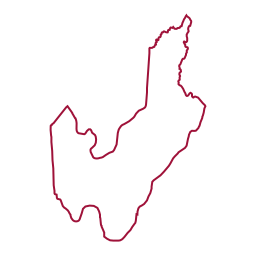 Momostenango, Totonicapán, Guatemala (Equal Earth projection)
{"feature_id": "79465075B37040053715230", "entity_name": "Momostenango", "entity_type": "district", "adm_level": 2, "iso_a3": "GTM", "parent_name": "Guatemala", "parent_adm1": "Totonicapán", "projection": "equal_earth", "projection_center": [-91.39, 15.11], "detail": "fine", "context": "isolated", "style": "outline", "palette": "rose", "viewbox_px": 256, "rotation_deg": 0, "n_neighbors": 0, "source": "geoboundaries", "source_scale": "gbopen_adm2", "svg_char_len": 4545}
<svg xmlns="http://www.w3.org/2000/svg" viewBox="0 0 256 256"><path d="M158.4,38.6L158.4,39.0L158.5,39.5L158.4,40.0L158.0,40.2L157.7,40.1L156.7,39.5L156.4,39.6L156.2,39.8L156.1,40.7L156.3,41.1L156.7,41.6L156.7,42.1L155.9,42.6L155.6,43.1L155.6,43.7L155.9,44.0L156.0,44.6L155.6,44.8L154.9,45.2L154.3,46.8L153.8,47.0L153.1,47.1L152.5,47.7L151.7,47.9L150.5,47.9L149.7,47.9L149.4,48.4L149.4,53.3L147.0,88.0L147.0,92.3L146.3,101.3L146.1,103.7L146.0,104.8L145.8,105.7L145.5,106.5L145.2,107.1L144.8,107.6L143.2,108.7L138.8,110.7L136.1,113.6L134.3,116.7L133.3,117.8L129.2,121.2L125.6,123.3L123.6,124.4L122.4,124.9L121.1,126.0L120.0,127.5L118.8,129.4L118.3,131.1L117.8,133.0L116.6,144.4L116.1,145.6L115.3,147.3L114.1,150.0L112.8,151.6L109.4,152.8L105.8,155.0L102.8,157.1L101.4,157.6L99.7,157.9L98.5,158.3L96.8,158.5L95.0,158.3L94.0,157.9L93.2,157.2L90.7,152.0L90.5,150.6L90.5,149.8L90.7,149.2L91.0,148.7L92.3,147.6L93.1,146.8L94.7,145.3L95.8,142.7L96.1,139.4L95.7,136.5L95.0,135.0L92.1,132.7L91.4,130.9L91.1,130.2L90.2,129.3L88.8,129.3L87.0,130.9L85.4,133.4L84.6,134.1L83.7,134.1L79.6,133.4L78.8,133.3L77.9,132.8L77.2,131.9L76.7,130.7L76.5,128.9L76.6,123.1L76.3,121.0L75.8,119.1L75.4,118.2L75.1,118.2L73.0,114.5L72.3,113.4L72.3,113.0L71.2,111.4L67.5,106.2L66.2,107.3L58.0,117.6L53.5,123.3L52.4,123.9L51.6,125.2L51.0,125.3L50.7,125.8L50.6,129.9L51.1,135.5L51.4,137.0L51.4,142.0L52.2,151.0L52.5,160.1L53.3,168.4L53.7,185.3L54.5,190.9L54.5,193.3L54.9,194.1L56.6,194.6L56.9,197.9L57.4,198.8L60.2,199.5L60.5,199.9L60.8,200.5L62.8,206.0L64.2,207.6L65.5,208.4L67.8,210.4L68.7,211.7L69.6,213.5L70.5,214.7L70.5,215.5L70.9,216.8L71.4,218.2L72.9,220.2L74.1,221.0L75.0,221.3L76.2,221.4L77.0,221.3L77.8,221.1L78.7,220.6L79.2,220.0L79.6,219.4L81.7,213.4L83.0,208.8L85.4,206.5L89.7,205.6L93.8,205.9L97.4,207.9L99.1,211.4L100.0,214.7L100.0,217.4L100.3,218.0L100.9,224.1L101.1,225.2L101.6,225.8L101.6,226.6L103.3,230.4L103.9,231.9L104.2,232.4L104.2,236.6L107.0,238.7L109.3,239.9L110.1,240.3L113.3,240.6L118.4,240.6L120.0,240.4L121.8,239.5L123.0,238.5L123.3,238.1L124.3,237.1L126.2,234.7L127.6,232.9L130.4,230.1L132.3,226.9L134.4,224.0L135.3,222.9L135.8,220.9L136.5,214.2L137.4,214.5L137.5,211.7L138.4,208.3L139.7,206.6L141.8,205.5L144.1,204.0L147.0,200.4L148.5,196.4L150.3,193.1L151.6,188.5L151.6,186.6L152.3,181.8L153.7,180.3L160.6,175.2L162.8,172.9L164.2,171.4L164.6,170.9L168.9,165.8L170.4,163.4L173.1,158.4L174.7,156.5L175.0,156.2L177.8,153.4L178.5,152.3L183.4,149.0L185.0,147.9L186.6,145.7L188.0,138.8L188.7,136.5L189.0,134.7L190.3,131.9L191.9,130.8L194.9,130.9L196.0,130.6L198.4,128.0L198.8,127.0L199.1,126.3L199.5,125.9L200.5,122.2L202.3,117.8L202.3,116.9L202.9,115.5L203.7,112.6L204.4,108.4L205.4,106.2L204.8,105.1L202.8,103.2L198.1,97.6L195.4,96.6L194.3,96.7L193.5,97.5L192.7,97.3L192.0,96.2L192.0,94.2L191.5,93.4L190.5,92.8L189.6,93.4L188.3,95.3L187.5,95.9L186.6,95.9L185.8,94.9L185.4,93.4L184.4,91.7L183.2,88.9L181.7,86.6L180.7,85.6L179.5,85.2L178.5,84.1L178.7,82.4L178.3,81.5L178.6,80.6L179.7,79.7L179.6,77.2L180.1,76.1L179.9,75.4L179.4,74.8L179.4,73.5L179.7,72.6L180.5,72.2L181.0,71.4L180.7,69.8L180.2,69.1L179.5,68.9L179.6,67.5L179.2,66.3L179.3,65.3L180.3,64.4L182.3,59.4L182.9,58.8L183.8,58.8L184.5,58.3L186.0,54.9L186.0,54.1L186.1,53.5L186.4,53.0L186.8,52.5L186.8,51.7L186.7,51.2L186.7,50.8L186.9,50.2L187.2,49.9L187.5,49.6L187.8,49.0L187.9,48.3L187.8,47.8L187.5,47.3L187.2,47.2L186.6,47.2L186.1,47.0L185.8,46.9L185.4,46.5L185.2,45.5L185.3,45.0L185.1,44.6L184.6,44.0L184.5,43.7L184.2,43.1L183.8,42.5L183.8,42.0L184.1,41.5L184.5,41.5L184.9,41.8L185.3,42.1L185.7,42.3L186.3,42.1L186.8,41.6L187.1,41.1L187.2,40.6L187.2,40.0L187.2,38.3L187.1,37.6L186.9,37.0L186.7,36.3L186.7,35.9L186.7,35.5L186.7,35.1L186.7,34.5L187.0,34.0L187.2,33.6L187.4,33.2L187.6,32.8L188.0,32.2L188.4,31.8L188.6,31.3L188.5,30.6L188.2,29.6L188.2,29.2L188.2,28.4L188.4,27.5L188.6,27.1L188.8,26.6L189.1,26.1L189.6,25.8L190.2,25.8L191.2,22.1L191.2,21.7L191.2,21.1L191.0,20.7L190.3,19.8L190.0,19.1L189.7,18.5L189.2,17.9L188.4,17.3L187.3,16.5L186.9,16.1L186.6,15.8L186.4,15.4L185.8,16.2L185.0,17.9L184.0,19.3L183.3,21.1L182.5,22.8L181.6,26.2L180.6,26.3L179.6,27.8L177.4,28.1L176.9,28.7L176.2,28.9L174.5,28.7L173.2,27.0L172.8,27.5L172.4,27.9L170.7,27.5L170.4,27.7L170.2,28.1L169.6,29.9L168.7,29.8L168.2,30.1L168.0,30.6L167.9,31.9L167.6,32.4L166.2,32.3L164.1,31.4L163.6,31.5L163.0,32.3L162.2,32.3L161.8,32.7L161.5,34.1L161.2,34.3L160.9,34.4L160.6,34.9L160.7,35.3L160.8,35.6L160.6,36.5L160.4,36.9L160.0,37.2L159.2,37.2L158.8,37.5L158.4,38.6Z" fill="none" stroke="#9f1239" stroke-width="2"/></svg>